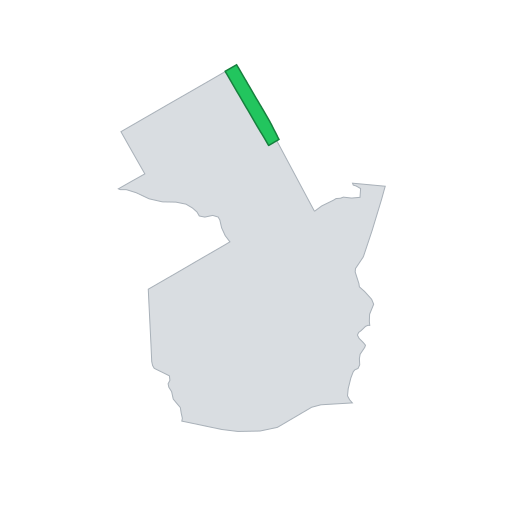 location of Melchor de Mencos, Petén, Guatemala, rotated 330°
{"feature_id": "79465075B26662084929959", "entity_name": "Melchor de Mencos", "entity_type": "district", "adm_level": 2, "iso_a3": "GTM", "parent_name": "Guatemala", "parent_adm1": "Petén", "projection": "natural_earth1", "projection_center": [-89.228, 17.318], "detail": "fine", "context": "in_parent", "style": "filled", "palette": "green", "viewbox_px": 512, "rotation_deg": 330, "n_neighbors": 0, "source": "geoboundaries", "source_scale": "gbopen_adm2", "svg_char_len": 2764}
<svg xmlns="http://www.w3.org/2000/svg" viewBox="0 0 512 512"><g transform="rotate(330 256 256)"><path d="M109.2,361.9L111.1,359.7L112.7,354.6L114.7,349.4L113.6,343.4L112.8,338.5L115.1,331.3L114.9,326.0L116.0,322.7L119.3,320.6L121.1,316.5L111.7,302.4L111.7,299.2L112.9,295.3L120.7,280.3L129.9,262.4L140.0,242.7L146.1,230.9L168.3,230.9L182.9,230.9L201.5,230.8L221.7,230.8L235.0,230.8L240.5,230.7L239.5,223.0L240.3,214.5L242.7,206.7L242.7,203.3L238.8,199.2L231.1,196.7L226.9,193.0L226.9,188.4L225.0,182.7L221.3,176.1L213.6,169.3L202.0,162.3L192.0,153.0L183.9,141.3L177.0,133.8L171.6,130.6L170.4,129.0L186.0,129.1L200.8,129.3L200.9,112.5L201.0,97.6L201.2,80.8L228.0,80.8L259.9,80.8L293.1,80.9L319.2,80.9L334.5,80.9L333.8,101.8L333.0,125.9L332.4,143.7L331.6,167.4L330.8,191.6L329.7,224.7L329.0,246.0L329.3,246.5L338.0,245.5L350.9,246.4L354.1,246.3L358.0,248.2L361.1,248.7L367.7,253.6L375.4,257.2L380.3,249.9L377.7,245.4L375.7,243.2L376.0,241.2L402.8,260.2L399.7,263.2L392.9,269.9L380.5,281.5L369.4,291.9L358.8,301.3L349.2,309.8L348.1,310.6L335.9,316.6L333.9,319.4L331.3,331.4L330.1,334.4L332.3,341.0L334.5,351.3L333.8,356.6L325.3,363.2L321.5,369.2L319.8,373.0L318.3,372.0L315.7,371.7L309.6,373.2L306.7,373.5L304.3,375.2L304.1,378.9L305.7,384.9L306.2,388.0L304.5,389.5L297.1,393.1L294.2,396.6L291.4,402.1L288.1,404.4L284.8,404.0L282.4,404.8L277.2,409.0L269.5,417.0L265.3,422.9L265.2,427.4L266.0,431.4L237.8,417.3L228.5,414.8L188.9,415.1L172.0,409.6L152.6,398.9L139.6,389.1L109.2,361.9Z" fill="#d9dde1" stroke="#a8b0b8" stroke-width="1"/><path d="M334.2,166.5L334.2,165.5L334.3,163.0L334.4,162.7L334.6,159.1L334.7,156.8L334.7,156.2L334.8,154.2L334.9,153.2L334.9,152.9L334.9,152.7L334.9,152.3L334.9,152.1L335.0,151.7L335.0,150.9L335.1,149.9L335.1,148.9L335.1,147.5L335.2,146.6L335.2,142.6L335.2,140.6L335.2,138.6L335.2,134.6L335.2,134.3L335.2,131.8L335.2,131.6L335.2,131.1L335.1,130.8L335.1,130.7L335.2,129.7L335.1,126.9L335.1,126.1L335.1,122.7L335.0,120.1L335.0,116.8L335.0,116.7L335.0,114.8L335.0,114.6L335.0,114.3L335.0,105.8L334.9,102.7L335.0,99.4L334.9,97.8L334.9,93.8L334.9,93.1L334.9,92.8L334.9,91.9L334.9,90.7L334.9,86.8L334.9,84.9L334.9,83.9L334.8,82.8L334.8,80.7L321.7,80.6L321.6,82.0L321.7,83.4L321.7,85.3L321.7,89.3L321.7,92.2L321.7,103.7L321.8,109.1L321.8,110.2L321.8,110.4L321.8,115.2L321.8,118.1L321.8,122.9L321.9,123.7L321.8,123.9L321.9,124.2L321.9,127.9L321.9,129.1L321.9,130.0L321.9,134.8L321.9,136.1L321.9,140.6L321.9,143.0L321.9,144.9L322.0,145.1L321.9,147.0L322.0,147.3L322.0,149.5L322.0,150.8L322.1,152.4L322.2,157.5L322.2,158.3L322.2,161.6L322.2,166.5L322.3,166.6L324.0,166.6L325.4,166.6L326.9,166.6L327.1,166.6L327.7,166.6L329.0,166.5L330.4,166.6L331.4,166.5L332.2,166.6L334.2,166.5Z" fill="#22c55e" stroke="#15803d" stroke-width="1.5"/></g></svg>